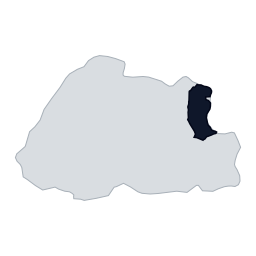 Tashi Yangtse on a map of Bhutan (Equal Earth projection)
{"feature_id": "BTN-2484", "entity_name": "Tashi Yangtse", "entity_type": "District", "adm_level": 1, "iso_a3": "BTN", "parent_name": "Bhutan", "parent_adm1": "", "projection": "equal_earth", "projection_center": [91.488, 27.679], "detail": "fine", "context": "in_parent", "style": "filled", "palette": "ink", "viewbox_px": 256, "rotation_deg": 0, "n_neighbors": 0, "source": "natural_earth", "source_scale": "10m", "svg_char_len": 2220}
<svg xmlns="http://www.w3.org/2000/svg" viewBox="0 0 256 256"><path d="M210.2,105.1L209.8,107.1L207.9,112.5L206.7,118.4L207.7,123.2L212.0,129.0L217.7,133.6L225.0,133.9L231.7,132.2L234.4,132.9L238.0,140.6L240.6,147.3L237.1,154.1L235.2,160.2L234.5,164.4L235.0,166.3L237.1,169.8L239.7,175.7L240.0,181.1L238.4,184.7L235.0,186.5L231.3,186.0L228.2,186.1L224.4,186.7L218.5,188.7L212.9,191.3L202.5,190.8L198.4,185.4L196.4,185.4L187.0,192.4L176.7,191.2L157.9,193.5L150.1,194.0L142.0,193.3L137.9,191.8L130.4,186.9L123.5,183.3L116.5,186.6L114.1,187.2L108.4,195.6L96.3,198.3L84.2,200.4L80.6,199.2L73.8,198.7L73.6,196.8L73.8,194.9L72.2,193.4L69.5,191.8L64.7,191.2L58.6,189.1L55.1,187.1L42.7,190.0L35.5,185.6L27.3,179.5L23.2,176.9L21.8,167.5L20.3,164.5L17.1,161.3L15.4,157.6L16.8,153.8L25.1,146.6L25.7,145.0L29.6,131.7L34.9,126.8L40.1,120.1L44.1,109.4L51.7,98.5L60.1,87.3L65.8,78.2L69.6,73.9L77.4,69.3L84.0,66.7L88.5,60.6L93.9,57.2L99.5,55.6L107.8,56.5L115.6,58.6L124.1,61.7L125.1,64.1L124.4,68.5L123.1,72.8L123.1,75.1L124.4,76.3L132.7,77.2L143.0,76.5L148.7,77.1L161.5,81.2L165.3,84.0L169.2,86.2L173.0,85.8L177.9,81.1L183.0,77.1L186.1,76.5L188.4,77.8L192.5,81.6L200.9,85.2L208.4,87.9L210.9,90.4L210.1,101.4L210.2,105.1Z" fill="#d9dde1" stroke="#a8b0b8" stroke-width="1"/><path d="M197.1,84.5L197.8,84.8L198.7,84.9L201.2,85.0L203.9,86.3L206.6,86.7L208.1,87.2L209.5,87.9L210.6,88.9L211.6,91.0L211.4,92.8L210.6,94.5L210.0,96.7L205.7,96.9L205.8,99.6L208.4,100.5L210.5,103.0L210.4,106.3L209.9,109.0L206.7,114.2L206.3,117.7L207.8,124.3L208.4,125.5L210.3,127.4L210.9,128.9L211.9,130.3L213.5,130.9L215.1,131.2L216.6,132.0L216.4,132.7L216.1,133.2L215.6,133.5L213.7,133.9L211.4,135.0L207.4,136.5L206.7,136.6L205.1,138.7L204.9,139.0L203.2,139.8L203.0,140.2L196.7,137.6L194.1,137.3L195.2,134.8L195.4,134.0L195.3,133.6L194.4,131.2L189.8,123.7L188.6,121.1L187.7,119.7L188.4,117.8L188.1,112.3L188.4,110.2L188.4,109.5L187.9,107.4L187.9,106.8L188.0,106.1L188.3,105.5L188.6,104.4L188.8,103.0L188.7,102.0L189.0,100.4L189.2,93.0L189.2,91.9L189.3,91.4L189.5,91.0L189.8,90.9L190.1,90.8L190.4,90.7L190.7,90.4L192.9,87.4L193.3,87.1L193.6,87.1L194.2,87.3L194.6,87.3L194.9,87.1L195.9,86.0L197.1,84.5Z" fill="#0f172a" stroke="#020617" stroke-width="1.5"/></svg>